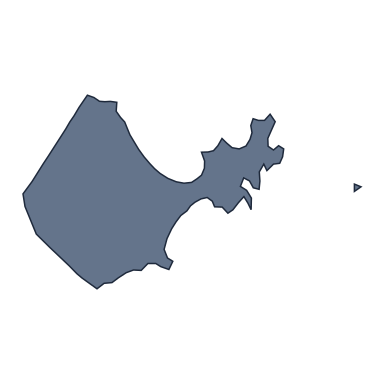 outline of Armação dos Búzios, Rio de Janeiro, Brazil
{"feature_id": "56859067B15483842761864", "entity_name": "Armação dos Búzios", "entity_type": "district", "adm_level": 2, "iso_a3": "BRA", "parent_name": "Brazil", "parent_adm1": "Rio de Janeiro", "projection": "robinson", "projection_center": [-41.919, -22.776], "detail": "fine", "context": "isolated", "style": "filled", "palette": "slate", "viewbox_px": 384, "rotation_deg": 0, "n_neighbors": 0, "source": "geoboundaries", "source_scale": "gbopen_adm2", "svg_char_len": 1479}
<svg xmlns="http://www.w3.org/2000/svg" viewBox="0 0 384 384"><path d="M97.0,288.8L104.1,283.3L112.0,282.6L118.5,277.7L126.2,272.7L133.5,270.0L141.2,270.4L147.9,263.5L155.8,263.5L160.7,266.6L168.9,269.5L172.8,261.3L167.5,258.0L164.1,249.4L167.0,238.6L171.7,228.7L176.0,221.9L180.8,215.5L186.9,210.9L190.5,205.8L195.0,202.2L201.0,198.9L207.2,197.5L212.3,201.2L214.6,206.8L222.2,207.1L227.9,213.2L232.9,209.8L238.4,202.7L243.9,196.6L247.9,203.1L251.1,209.7L251.4,198.1L246.6,190.3L240.4,186.4L243.7,177.9L249.5,180.9L253.3,187.8L259.1,189.3L259.9,181.1L259.3,171.9L263.8,164.1L266.9,170.6L273.5,164.1L279.7,163.3L282.6,156.8L283.7,148.9L278.6,145.7L273.5,150.0L268.1,146.3L267.8,138.4L271.5,130.0L275.2,121.7L270.1,114.2L264.5,120.4L258.4,120.4L253.1,118.7L250.8,125.6L252.0,132.7L250.0,139.4L246.0,146.0L239.2,148.9L232.1,147.7L226.7,143.1L222.0,138.5L217.9,145.7L213.5,150.7L208.1,152.0L201.5,152.2L204.6,161.0L204.4,168.3L201.5,175.2L197.0,178.8L191.6,182.4L184.0,183.2L176.3,181.8L167.9,178.4L159.9,173.3L154.5,168.6L149.7,163.5L144.0,156.8L138.6,149.3L133.5,140.8L129.9,134.8L127.4,128.7L124.7,122.0L120.5,117.4L116.2,111.3L116.8,102.3L110.4,101.4L104.8,101.7L99.5,101.3L93.9,97.5L87.4,95.2L79.1,107.3L74.0,115.9L69.8,122.0L65.8,128.9L59.2,139.2L48.0,156.6L43.3,163.7L32.1,181.5L23.0,193.9L25.0,206.5L36.3,234.1L50.2,247.8L69.2,265.8L76.9,273.7L82.0,278.0L97.0,288.8ZM361.0,186.8L354.4,184.1L354.4,191.4L361.0,186.8Z" fill="#64748b" stroke="#1e293b" stroke-width="1.5"/></svg>